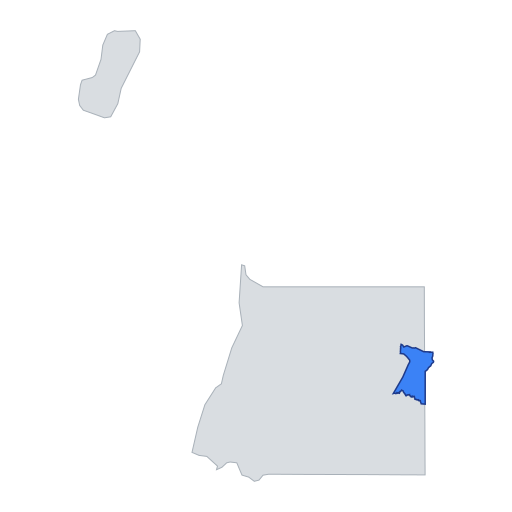 Mongomo, Wele-Nzás, Equatorial Guinea (highlighted)
{"feature_id": "11065452B93694652116414", "entity_name": "Mongomo", "entity_type": "district", "adm_level": 2, "iso_a3": "GNQ", "parent_name": "Equatorial Guinea", "parent_adm1": "Wele-Nzás", "projection": "equal_earth", "projection_center": [11.198, 1.625], "detail": "fine", "context": "in_parent", "style": "filled", "palette": "blue", "viewbox_px": 512, "rotation_deg": 0, "n_neighbors": 0, "source": "geoboundaries", "source_scale": "gbopen_adm2", "svg_char_len": 4013}
<svg xmlns="http://www.w3.org/2000/svg" viewBox="0 0 512 512"><path d="M424.3,286.8L424.4,324.1L424.6,355.6L424.7,389.7L424.9,425.3L425.0,455.4L425.1,474.9L400.6,474.8L368.1,474.6L335.6,474.5L303.1,474.4L286.8,474.3L268.8,474.2L263.0,475.2L259.0,480.1L254.3,481.3L248.7,477.1L242.0,475.1L240.1,470.7L236.8,462.8L230.1,462.0L226.7,462.8L221.9,467.3L216.5,469.7L217.5,466.1L206.8,456.4L199.1,455.4L192.0,452.4L197.8,427.1L204.9,404.7L215.7,387.8L221.4,383.8L223.3,375.4L231.8,347.8L242.4,325.5L239.1,302.8L241.6,264.8L244.7,265.8L245.2,269.4L246.0,274.8L249.9,279.4L263.0,286.8L302.1,286.8L325.5,286.8L360.0,286.8L396.5,286.8L424.3,286.8ZM114.5,30.7L117.5,31.4L135.3,30.7L140.2,39.2L139.6,51.8L121.2,88.3L117.8,103.7L110.7,116.8L104.5,117.8L83.3,110.2L79.7,105.5L78.4,99.3L80.5,84.7L82.1,80.2L92.3,77.5L95.5,75.1L101.0,59.4L102.8,45.1L107.4,34.3L114.5,30.7Z" fill="#d9dde1" stroke="#a8b0b8" stroke-width="1"/><path d="M400.3,353.5L403.7,353.9L406.5,356.3L407.8,357.8L408.8,359.1L409.5,359.8L409.8,361.0L409.7,362.0L409.3,362.7L409.1,363.2L408.3,364.6L402.8,377.1L393.3,393.5L393.7,393.4L393.9,393.2L395.3,393.3L395.4,393.5L395.6,393.6L395.9,393.6L396.0,393.6L396.2,393.2L396.6,393.1L396.8,392.8L396.9,393.0L397.0,393.1L397.2,393.3L397.3,393.3L397.5,393.1L397.7,392.8L398.1,392.6L398.3,392.7L398.6,393.1L399.0,393.3L399.3,393.3L399.3,393.2L399.5,392.8L399.5,392.7L399.4,392.2L399.5,392.0L399.7,391.7L399.8,391.6L400.0,391.7L400.3,391.7L400.5,391.4L400.5,391.2L401.2,390.7L401.3,390.8L401.5,390.7L401.7,390.4L401.7,390.2L401.9,390.3L402.1,390.5L402.4,390.6L402.8,390.7L403.1,390.9L403.2,391.1L403.3,391.7L403.4,391.8L403.6,392.2L403.6,392.3L403.9,392.6L404.3,393.0L404.4,393.4L404.4,393.5L404.5,393.6L404.8,393.9L405.0,393.9L405.1,394.2L405.1,394.3L405.2,394.5L405.3,394.5L405.6,394.8L405.6,395.1L405.7,395.3L405.7,395.5L405.8,395.7L405.9,395.8L406.0,395.8L406.3,395.8L406.5,395.6L406.8,395.3L406.9,395.2L407.0,395.1L407.3,395.1L407.6,394.8L407.9,394.9L408.0,394.9L408.3,394.7L408.5,394.7L408.5,394.8L408.8,395.0L409.0,395.0L409.1,394.9L409.5,394.7L409.5,394.8L409.6,395.0L409.7,395.3L409.8,395.5L410.0,395.6L410.1,395.8L410.3,395.9L410.3,396.0L410.5,396.0L410.8,396.3L410.8,396.5L411.0,396.7L411.0,396.8L411.3,396.9L411.5,396.8L411.6,396.7L411.6,396.8L411.8,397.0L412.0,397.1L412.3,397.0L412.4,396.9L412.4,396.7L412.5,396.6L412.6,396.8L412.8,396.8L413.0,396.8L413.1,396.7L413.3,396.4L413.5,396.4L413.5,396.5L413.8,396.6L414.0,396.7L414.3,396.5L414.4,396.8L414.5,397.0L414.5,397.7L414.5,397.8L414.6,398.0L414.8,398.3L414.9,398.5L414.9,398.8L414.9,399.0L415.0,399.1L415.0,399.3L415.3,399.4L415.5,399.4L415.8,399.3L416.0,399.3L416.1,399.5L416.3,399.6L416.5,399.8L416.8,399.8L416.9,399.7L417.0,399.6L417.3,399.7L417.4,399.8L417.5,399.9L417.6,400.0L417.8,400.0L417.9,399.9L418.0,399.9L418.2,399.7L418.3,399.7L418.3,399.8L418.4,400.0L418.5,400.2L418.6,400.3L418.6,400.5L418.8,400.7L419.0,400.7L419.4,400.6L419.5,400.5L419.8,400.8L420.0,400.8L420.3,400.7L420.4,401.3L420.5,401.8L420.7,402.3L420.8,402.6L421.0,403.1L421.2,403.8L424.4,404.1L424.9,404.0L425.2,404.1L425.2,371.3L426.2,370.7L426.6,370.4L427.0,370.1L427.3,369.6L427.6,369.4L427.8,369.0L428.0,368.6L428.2,368.2L428.4,367.8L428.6,367.5L429.0,367.2L429.4,367.0L429.7,366.5L429.9,366.4L430.2,366.3L430.7,365.9L431.1,365.0L431.4,364.3L431.7,363.6L432.2,363.2L432.7,362.8L433.2,362.5L433.5,362.0L433.6,361.3L433.5,361.0L433.0,360.6L432.7,360.3L432.4,359.9L432.3,359.4L432.2,358.9L432.1,358.4L432.1,357.6L432.4,357.0L432.7,356.2L432.8,355.6L432.8,354.7L432.9,354.1L433.0,353.4L432.8,352.6L432.7,352.3L432.7,352.2L429.8,352.3L430.0,351.9L423.7,351.7L415.5,347.7L414.3,348.1L413.2,347.9L412.3,348.0L407.4,345.8L406.7,345.8L405.0,346.5L403.8,347.0L402.6,345.1L401.1,344.3L401.0,344.6L401.0,345.1L401.0,345.6L400.7,346.2L400.5,346.5L400.5,346.9L400.7,347.3L400.7,347.9L400.7,348.0L400.5,348.3L400.7,348.7L400.7,348.8L400.5,349.4L400.5,349.8L400.5,350.5L400.4,351.1L400.4,351.6L400.5,352.1L400.5,352.7L400.3,353.5Z" fill="#3b82f6" stroke="#1e3a8a" stroke-width="1.5"/></svg>